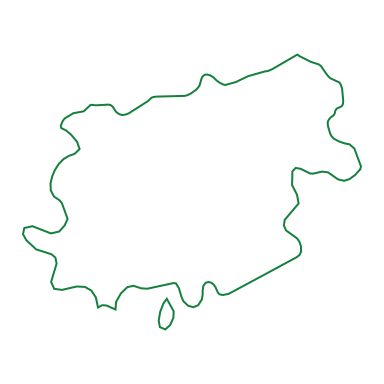 SVG path tracing the border of Benevento
{"feature_id": "ITA-5398", "entity_name": "Benevento", "entity_type": "Province", "adm_level": 1, "iso_a3": "ITA", "parent_name": "Italy", "parent_adm1": "", "projection": "natural_earth1", "projection_center": [14.764, 41.227], "detail": "fine", "context": "isolated", "style": "outline", "palette": "green", "viewbox_px": 384, "rotation_deg": 0, "n_neighbors": 0, "source": "natural_earth", "source_scale": "10m", "svg_char_len": 2207}
<svg xmlns="http://www.w3.org/2000/svg" viewBox="0 0 384 384"><path d="M50.9,233.4L59.2,231.5L64.7,225.4L67.6,218.9L62.0,203.4L60.0,200.7L53.9,196.4L50.8,190.4L50.5,183.5L52.2,176.4L54.9,170.0L58.8,163.9L63.4,159.2L68.8,155.9L74.7,153.8L79.6,149.0L77.0,141.7L71.0,134.6L66.1,130.5L61.3,128.1L60.8,125.8L62.6,121.2L64.7,118.4L73.4,113.2L83.8,111.3L90.7,104.8L95.9,105.3L108.7,104.6L111.0,105.3L112.7,106.7L115.7,111.3L116.9,112.6L118.4,113.6L120.2,114.5L122.4,115.0L125.4,114.6L128.7,113.4L148.1,101.0L151.4,97.8L153.1,97.1L156.1,96.6L184.7,95.9L187.6,95.1L190.7,93.6L195.8,90.0L198.1,87.6L199.6,85.3L201.3,79.2L202.1,77.3L203.1,75.9L204.7,74.8L206.9,74.5L210.3,75.4L212.3,76.6L214.0,77.9L216.6,80.5L219.6,82.7L223.0,84.4L225.1,85.0L235.7,82.1L248.3,76.1L264.6,71.5L267.9,71.0L272.2,69.2L297.3,54.6L299.3,56.0L310.7,61.8L318.8,64.4L321.0,66.1L326.4,73.9L328.4,76.4L330.4,78.3L339.5,82.5L340.9,84.9L342.1,88.6L343.2,100.7L343.0,103.9L342.2,105.6L340.8,106.8L337.3,108.3L336.0,109.5L335.2,111.1L334.9,112.9L334.1,114.6L333.0,115.8L331.5,116.8L330.1,118.0L328.9,119.6L327.9,121.3L327.7,123.7L328.1,126.6L330.2,133.7L331.7,136.4L333.8,138.6L338.6,141.3L344.7,143.4L349.5,144.3L354.4,148.6L361.0,166.5L360.2,169.3L355.3,174.8L349.7,179.0L344.1,180.8L338.1,179.4L328.1,172.4L322.2,171.6L313.2,173.6L310.1,173.5L300.6,168.8L295.7,167.9L292.4,171.4L292.1,185.2L297.0,194.7L298.6,203.5L284.7,219.9L283.9,225.4L286.0,230.4L297.1,238.4L299.5,241.9L301.0,246.5L301.1,251.6L299.6,254.9L296.7,257.2L228.6,293.9L222.8,295.0L219.5,294.3L217.9,292.6L215.4,287.0L213.5,284.4L211.1,282.6L208.4,282.0L205.6,282.8L203.3,286.0L202.7,290.3L202.6,295.0L201.9,299.3L198.2,305.2L193.4,307.2L188.2,305.8L183.5,301.3L181.7,297.6L178.9,288.2L175.9,283.3L173.4,283.1L147.4,288.7L141.1,288.3L133.5,285.8L127.4,287.1L120.9,293.4L116.1,301.9L115.5,309.5L106.5,305.5L102.3,305.2L98.0,307.5L95.9,297.5L91.4,290.6L84.9,286.9L76.7,286.5L61.9,289.9L54.2,288.8L51.1,282.0L56.6,263.6L55.4,257.6L51.6,254.3L36.2,249.4L26.4,240.3L23.0,234.1L24.3,228.0L32.4,226.2L50.9,233.4ZM166.8,298.8L173.7,311.3L173.4,317.7L170.2,325.0L165.3,329.4L159.9,327.1L158.7,320.7L160.2,311.8L163.4,303.5L166.8,298.8Z" fill="none" stroke="#15803d" stroke-width="2"/></svg>